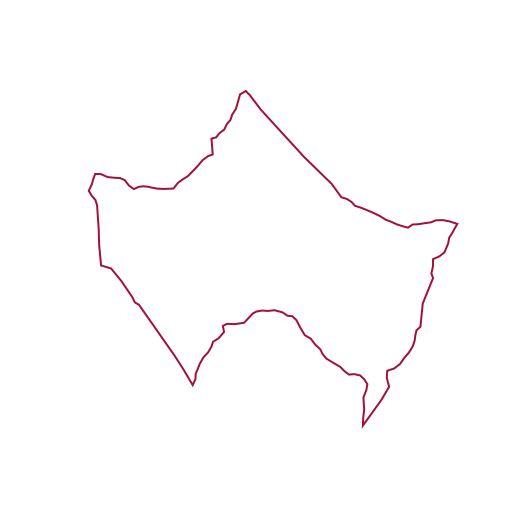 outline of Irará, Bahia, Brazil, rotated 116°
{"feature_id": "56859067B61653913557352", "entity_name": "Irará", "entity_type": "district", "adm_level": 2, "iso_a3": "BRA", "parent_name": "Brazil", "parent_adm1": "Bahia", "projection": "mercator", "projection_center": [-38.751, -12.053], "detail": "fine", "context": "isolated", "style": "outline", "palette": "rose", "viewbox_px": 512, "rotation_deg": 116, "n_neighbors": 0, "source": "geoboundaries", "source_scale": "gbopen_adm2", "svg_char_len": 1907}
<svg xmlns="http://www.w3.org/2000/svg" viewBox="0 0 512 512"><g transform="rotate(116 256 256)"><path d="M138.9,89.1L140.1,97.5L141.9,104.0L145.3,110.3L148.9,113.3L152.4,118.5L156.3,124.1L159.1,129.1L163.9,131.8L164.9,136.9L165.8,143.0L166.0,149.6L166.5,155.4L165.8,162.1L165.8,169.1L166.1,175.6L166.6,183.1L167.5,189.0L165.5,194.0L164.9,199.4L165.8,205.0L158.0,219.6L154.0,231.8L145.8,256.5L122.4,315.7L114.1,332.2L112.2,337.5L117.8,341.2L132.5,338.5L139.4,339.4L145.0,338.6L149.9,340.0L156.3,340.0L161.9,342.8L166.8,343.8L170.0,347.5L183.7,339.4L187.1,342.8L193.3,346.0L200.4,347.8L207.7,350.1L214.0,352.2L219.0,355.3L224.6,358.3L231.5,359.7L235.9,367.8L238.6,373.9L240.1,379.1L241.1,383.6L242.8,387.9L245.2,391.7L249.4,395.1L248.4,401.1L245.3,407.2L245.6,412.5L247.6,417.2L250.1,423.9L250.4,431.4L252.8,436.5L258.0,436.0L263.6,435.0L270.7,434.9L273.9,430.0L276.1,424.8L280.2,421.0L301.1,409.0L307.1,405.9L315.2,401.6L332.4,391.1L330.7,380.8L337.8,365.5L347.3,349.0L350.8,344.5L351.2,339.7L381.2,285.6L389.8,271.4L399.8,256.3L393.1,256.5L388.3,258.6L383.2,258.8L377.8,259.3L369.9,258.8L363.7,256.8L357.0,256.3L352.0,257.0L346.2,253.5L338.3,251.4L333.4,255.1L329.7,252.3L326.6,245.3L321.3,237.5L313.8,235.1L309.1,233.7L305.5,231.0L302.3,226.5L300.3,221.5L296.6,215.5L295.0,207.4L295.9,201.4L294.2,196.9L295.9,191.6L301.1,184.6L305.8,177.4L306.3,170.5L309.6,164.1L311.8,157.1L314.8,153.4L317.4,147.8L318.2,138.8L318.7,131.8L320.9,125.4L321.8,120.3L319.2,116.1L317.7,110.3L319.2,105.0L322.4,99.7L328.3,98.0L335.9,97.5L341.8,94.2L346.4,91.5L354.2,88.8L361.5,85.6L331.0,80.3L315.2,79.0L311.6,82.2L307.7,85.3L301.6,87.7L296.4,82.4L289.8,79.2L282.4,78.0L276.1,76.3L268.7,75.5L262.5,76.3L257.8,77.9L252.5,79.2L247.5,77.2L225.6,85.3L198.2,87.2L194.8,90.7L187.4,92.5L181.2,95.5L175.9,91.0L170.0,88.2L160.4,88.8L154.8,90.4L149.6,89.7L144.7,89.5L138.9,89.1Z" fill="none" stroke="#9f1239" stroke-width="2"/></g></svg>